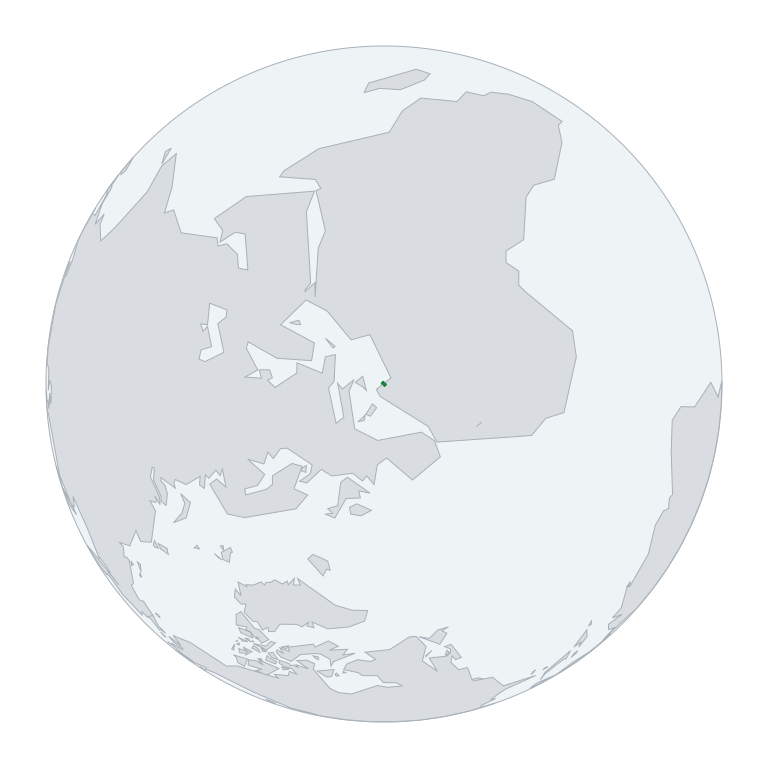 globe centered on Mahdia, rotated 221°
{"feature_id": "TUN-116", "entity_name": "Mahdia", "entity_type": "Governorate", "adm_level": 1, "iso_a3": "TUN", "parent_name": "Tunisia", "parent_adm1": "", "projection": "orthographic", "projection_center": [10.61, 35.335], "detail": "fine", "context": "on_globe", "style": "filled", "palette": "green", "viewbox_px": 768, "rotation_deg": 221, "n_neighbors": 0, "source": "natural_earth", "source_scale": "10m", "svg_char_len": 10904}
<svg xmlns="http://www.w3.org/2000/svg" viewBox="0 0 768 768"><g transform="rotate(221 384 384)"><circle cx="384" cy="384" r="338" fill="#eef3f6" stroke="#a8b0b8"/><path d="M215.6,91.0L225.5,85.9L216.3,91.0L223.1,87.8L235.1,81.6L241.3,78.5L280.8,65.7L321.7,55.2L331.4,51.8L331.8,53.3L348.1,48.2L366.4,46.5L367.2,46.5L347.4,48.7L346.7,49.3L361.3,47.8L363.8,48.2L372.3,48.1L373.9,49.1L361.6,51.3L362.4,52.3L372.7,51.2L380.9,52.3L365.6,53.5L378.3,55.8L360.1,61.9L317.9,67.7L309.6,75.1L270.9,92.5L276.2,93.0L264.9,101.1L266.8,105.0L259.1,108.0L267.3,108.6L274.0,105.3L279.8,104.6L281.6,106.9L272.0,110.7L269.8,110.2L267.9,112.5L262.4,113.7L266.1,114.4L254.3,119.4L268.4,118.0L261.1,124.9L252.6,127.4L250.4,122.4L225.1,118.8L215.9,121.2L205.0,128.9L191.1,152.2L182.2,157.5L172.3,168.0L178.6,166.7L188.6,158.2L197.9,159.4L209.0,149.7L214.4,149.1L227.1,141.9L228.4,148.3L222.9,158.8L212.4,165.5L209.7,170.6L222.3,169.2L205.5,187.3L198.9,209.9L194.1,214.6L180.1,213.5L173.4,200.2L155.2,202.2L170.2,206.8L158.2,219.7L157.5,224.7L160.1,227.8L166.0,225.5L162.5,231.5L146.4,228.4L149.2,222.8L154.3,223.6L151.1,217.9L140.1,217.4L134.9,224.8L123.8,218.8L119.9,224.3L115.4,226.6L122.3,218.0L109.6,233.9L95.9,234.5L78.3,263.5L92.0,233.7L94.7,223.9L96.4,215.6L93.4,220.0L99.8,205.0L98.6,203.7L90.8,216.0L104.3,194.4L119.4,173.8L136.0,154.4L154.1,136.4L173.4,119.7L194.0,104.6L215.6,91.0ZM73.8,250.0L71.3,256.3L74.2,250.7L72.5,258.5L63.5,277.4L58.8,298.2L53.4,316.1L50.6,331.4L50.8,337.4L50.2,351.2L53.4,346.0L56.9,350.0L53.3,366.4L58.1,357.3L58.1,370.8L67.4,390.5L65.7,392.7L72.9,428.9L86.6,455.5L89.8,471.6L87.6,476.8L93.7,485.1L93.8,490.0L123.2,521.7L142.7,545.8L145.0,561.8L134.5,570.5L138.5,599.7L123.3,593.3L128.6,603.3L130.9,607.9L115.2,588.7L100.9,568.5L88.1,547.2L76.9,525.0L67.4,502.1L59.6,478.5L53.5,454.4L49.2,430.0L46.8,405.3L46.1,380.5L47.1,373.2L49.7,348.2L50.2,340.6L48.9,344.3L53.1,315.4L58.4,293.8L61.4,283.5L73.8,250.0ZM73.3,272.0L68.3,305.1L66.3,295.6L67.6,295.2L69.8,284.7L72.4,270.3L71.9,263.5L73.3,272.0ZM81.9,265.4L82.4,261.0L82.6,264.2L81.9,265.4ZM243.7,77.2L235.0,81.6L223.3,87.4L230.2,83.5L243.7,77.2ZM266.4,68.3L263.0,69.9L255.8,72.1L260.0,70.4L266.4,68.3ZM337.8,49.9L330.3,51.2L336.7,49.9L337.8,49.9ZM373.1,47.9L374.5,47.6L378.3,47.7L373.1,47.9ZM225.5,139.0L226.2,140.4L223.5,141.0L225.5,139.0ZM230.2,134.7L226.5,134.4L228.2,132.3L230.5,132.6L230.2,134.7ZM384.4,49.6L390.1,50.4L382.1,49.9L384.4,49.6ZM234.4,135.7L231.7,128.8L234.8,125.3L246.0,123.6L234.4,135.7ZM392.0,51.1L406.1,53.8L410.3,53.0L406.3,57.7L395.7,53.4L385.2,52.6L391.7,52.2L392.0,51.1ZM275.4,103.3L268.3,106.9L272.6,102.0L275.4,103.3ZM276.7,100.3L281.4,87.5L292.7,83.8L288.8,88.6L302.1,82.7L305.3,87.1L298.7,91.3L290.8,92.7L298.0,93.5L276.7,100.3ZM401.9,60.4L403.4,61.7L399.5,60.8L401.9,60.4ZM282.5,104.0L282.4,101.5L292.2,98.0L294.1,102.4L290.3,102.1L282.5,104.0ZM304.1,79.3L311.7,77.9L316.3,80.9L319.9,80.9L306.4,86.9L304.1,79.3ZM289.0,104.0L294.8,104.9L291.8,108.7L283.2,106.3L289.0,104.0ZM294.0,95.3L298.7,94.0L296.7,96.1L294.0,95.3ZM284.4,123.8L284.1,120.3L289.1,118.0L284.4,123.8ZM297.2,105.0L298.2,103.7L300.2,102.6L303.3,104.0L297.2,105.0ZM310.6,88.9L310.9,90.7L316.4,86.5L320.1,89.1L310.4,92.9L316.1,92.3L317.3,93.2L308.1,95.4L310.6,88.9ZM312.3,102.3L301.2,108.7L300.7,115.4L296.1,117.4L297.9,106.4L312.3,102.3ZM310.6,98.0L310.7,101.0L305.0,101.7L301.5,100.1L310.6,98.0ZM326.1,89.7L322.9,84.7L325.1,84.1L326.1,89.7ZM313.3,104.0L315.9,102.4L313.9,104.4L313.3,104.0ZM323.4,93.7L322.0,92.0L324.6,91.3L323.4,93.7ZM322.4,101.1L318.8,103.0L316.3,101.8L322.4,101.1ZM323.8,97.6L327.7,97.2L317.6,100.3L322.7,96.9L323.8,97.6ZM326.1,93.4L327.2,92.5L326.3,94.3L326.1,93.4ZM334.0,104.8L321.9,109.0L316.4,106.2L328.9,102.4L334.0,104.8ZM711.9,302.3L717.1,327.5L715.9,321.5L712.7,321.8L717.4,344.4L720.1,349.5L720.7,355.3L721.5,367.3L721.5,368.1L719.8,354.7L718.5,354.3L715.0,335.5L706.7,315.0L706.7,328.8L703.1,318.2L691.6,306.1L689.6,325.8L688.8,373.6L694.8,402.6L691.9,421.6L673.2,393.6L661.9,369.0L657.0,377.4L636.3,365.0L605.8,384.8L599.9,379.3L594.5,386.7L579.6,385.7L569.9,375.9L561.6,380.8L587.2,406.1L595.9,400.9L600.8,383.6L606.5,394.1L620.6,397.5L610.9,435.1L563.0,483.9L555.6,463.1L505.4,411.9L505.4,404.0L505.1,403.3L504.3,401.9L502.5,415.1L492.9,404.2L522.6,443.2L528.8,461.2L562.3,485.5L559.8,490.0L569.9,493.4L598.7,471.9L599.4,479.3L587.4,519.1L545.2,577.5L549.3,602.0L543.8,623.9L514.2,645.1L513.6,658.5L497.9,666.9L494.7,674.4L480.3,684.3L457.4,694.4L421.8,699.0L422.1,693.6L408.1,683.0L389.8,650.3L401.4,632.4L399.3,618.1L373.3,584.6L379.2,564.4L371.6,555.7L356.3,557.7L347.2,547.0L337.7,546.4L276.6,547.8L256.6,530.6L229.4,480.4L239.4,464.2L238.8,442.0L305.9,374.9L322.9,381.0L378.8,372.1L386.3,374.8L382.7,393.1L427.0,412.0L437.8,395.7L475.1,401.8L498.0,396.2L500.9,360.9L463.4,369.3L454.0,354.1L481.7,333.2L514.1,326.7L511.4,320.7L488.5,311.8L493.5,298.1L480.3,307.9L487.5,312.9L479.5,319.6L472.4,315.5L474.4,310.5L464.0,309.9L457.0,335.1L463.6,342.9L437.7,351.7L446.1,366.1L440.0,374.3L423.4,353.3L423.2,344.6L394.4,322.9L392.4,332.5L419.4,354.1L412.0,353.0L409.5,367.7L405.7,355.7L376.7,330.9L351.7,337.3L324.2,372.2L308.7,374.3L293.7,366.0L299.5,330.2L333.5,329.9L336.0,318.5L325.5,301.5L336.7,303.3L336.6,296.7L349.1,296.1L363.1,280.3L375.3,278.4L377.4,258.6L383.9,255.3L380.8,267.7L385.1,275.8L414.9,272.1L419.7,267.3L418.6,255.1L427.0,256.2L422.1,244.9L437.6,237.8L414.7,237.5L412.9,224.5L420.3,213.5L415.6,209.5L403.5,227.7L402.4,235.2L408.0,241.5L401.3,263.7L391.8,268.2L383.2,245.8L368.8,250.2L368.5,232.1L401.4,191.9L416.9,183.2L449.7,194.0L448.0,202.5L435.5,202.5L450.2,213.7L447.5,207.3L454.4,208.7L454.4,197.8L459.3,198.3L451.0,187.4L457.0,186.8L462.2,193.7L467.3,178.3L478.9,175.0L477.7,171.4L473.1,168.5L490.8,167.0L489.1,164.5L482.7,163.9L475.2,158.8L468.8,149.4L475.3,149.3L478.4,152.7L494.9,160.3L502.3,170.0L504.3,169.1L499.4,160.7L479.4,151.4L473.7,145.9L483.5,149.0L479.5,147.4L478.7,144.7L484.0,142.2L473.3,138.4L455.8,111.9L464.3,105.5L475.0,110.6L469.7,95.0L479.6,90.9L473.7,90.1L467.1,83.3L463.9,84.4L460.5,83.7L442.1,69.0L442.7,66.2L428.1,60.9L425.0,60.8L423.6,62.3L406.3,57.7L410.3,53.0L417.1,53.4L415.0,50.9L430.7,52.6L442.8,53.6L461.2,58.2L469.1,59.3L467.3,58.3L476.8,59.7L502.3,67.6L489.4,65.4L452.6,58.5L468.3,61.1L467.0,62.1L474.1,64.3L485.0,66.6L484.8,65.8L514.0,80.9L544.8,95.0L537.0,88.0L540.7,87.9L568.9,102.3L615.6,139.7L621.0,143.4L627.1,149.3L634.9,157.9L626.4,149.4L626.7,151.1L620.7,145.5L630.4,157.8L622.2,150.4L633.8,164.4L638.7,167.7L633.2,158.9L646.7,175.3L651.9,178.8L661.8,191.7L684.5,229.8L693.7,251.3L696.2,256.9L694.9,257.0L700.7,273.9L708.9,291.2L710.9,298.4L711.9,302.3ZM286.2,412.6L285.2,419.4L286.2,412.6ZM551.0,336.9L568.6,330.6L556.0,312.9L561.7,309.3L555.3,304.9L555.0,311.7L538.6,299.1L544.5,289.7L539.9,281.5L533.8,283.4L525.6,302.9L549.0,320.5L547.0,330.8L551.0,336.9ZM67.8,390.9L68.4,396.5L66.6,393.4L67.8,390.9ZM63.5,300.5L63.7,305.0L62.9,309.7L62.3,307.3L63.5,300.5ZM70.9,335.9L72.3,342.0L69.8,338.4L70.9,335.9ZM68.1,309.9L69.7,331.6L65.0,326.5L64.4,313.2L66.3,318.5L68.1,309.9ZM76.7,272.4L76.3,276.1L74.7,278.2L76.7,272.4ZM82.1,267.9L81.9,267.1L83.1,263.5L82.1,267.9ZM159.1,219.8L160.3,220.3L161.8,224.4L158.8,224.4L159.1,219.8ZM182.1,233.4L176.1,243.0L178.3,235.8L173.0,237.1L171.1,224.2L191.7,216.3L182.7,221.9L182.1,233.4ZM174.2,206.0L173.1,214.3L173.5,205.5L174.2,206.0ZM323.7,264.0L329.1,268.2L326.0,275.7L310.6,280.4L314.9,269.4L323.7,264.0ZM337.4,272.7L333.2,250.5L342.6,247.5L338.0,252.8L344.7,253.0L339.1,261.8L352.2,281.5L350.4,289.6L322.9,292.5L332.9,286.7L327.1,282.5L337.4,272.7ZM305.8,206.7L304.1,199.1L326.7,202.0L325.7,208.9L310.3,213.4L302.4,208.0L305.8,206.7ZM254.7,134.9L252.6,133.2L255.3,132.0L259.2,132.3L254.7,134.9ZM283.8,122.3L266.7,141.3L263.4,140.2L257.4,153.6L246.4,156.2L250.6,147.2L237.6,159.8L237.1,152.7L229.2,161.8L239.9,141.5L238.9,136.3L244.3,140.9L254.4,138.6L258.5,136.0L269.4,125.2L272.2,113.7L282.7,110.3L289.4,110.9L290.3,113.2L283.2,114.5L289.6,116.5L280.0,120.3L283.8,122.3ZM361.7,131.7L353.0,130.4L364.2,138.8L354.6,141.1L356.5,141.9L350.7,146.5L347.0,153.9L342.3,154.0L342.9,156.9L339.1,160.3L338.3,164.4L329.5,166.4L327.8,171.7L324.6,169.7L324.1,178.5L320.5,172.9L315.2,177.4L321.5,180.5L275.8,185.0L259.5,192.5L247.7,202.3L243.1,192.4L251.2,177.5L265.7,162.4L282.1,157.1L277.0,154.1L283.4,150.8L284.7,154.6L286.5,146.9L292.1,145.4L305.0,134.4L304.1,125.3L308.8,121.5L311.9,124.3L314.4,118.6L323.6,121.5L327.1,119.0L339.7,119.9L343.8,127.4L347.5,124.1L357.2,125.1L361.7,131.7ZM337.4,105.3L344.4,112.9L342.7,118.2L321.5,114.7L316.9,116.5L303.3,115.4L306.2,108.0L309.8,108.9L314.0,108.1L311.4,110.7L316.6,108.1L321.8,109.5L327.3,108.0L328.1,110.7L337.4,105.3ZM393.1,367.5L398.5,367.8L406.7,366.4L405.2,375.9L393.1,367.5ZM373.1,350.8L377.8,349.4L379.7,361.3L374.0,361.3L373.1,350.8ZM378.7,338.8L377.9,348.4L375.0,343.2L378.7,338.8ZM385.0,266.0L389.8,264.1L390.9,266.8L389.0,271.4L385.0,266.0ZM392.7,159.9L388.1,157.6L389.1,156.0L383.8,147.9L390.5,146.0L396.3,150.2L392.7,159.9ZM495.5,368.3L489.9,376.4L486.0,374.1L488.7,371.7L495.5,368.3ZM446.1,377.7L458.2,380.1L445.6,380.3L446.1,377.7ZM399.1,156.5L396.2,153.3L401.3,154.4L399.1,156.5ZM395.1,144.3L400.9,144.8L390.7,144.9L395.1,144.3ZM593.0,601.1L566.2,642.7L552.7,648.3L552.9,640.0L564.7,616.9L581.2,604.3L590.1,590.9L593.0,601.1ZM721.9,390.4L718.9,375.7L720.0,369.4L721.7,371.5L721.9,390.4ZM696.0,404.3L701.5,416.0L699.3,422.6L696.0,404.3ZM699.5,264.4L701.3,270.6L699.7,266.9L696.4,256.9L699.5,264.4ZM451.9,141.2L451.8,154.1L456.1,163.3L465.5,167.9L452.2,167.4L445.5,153.2L451.9,141.2ZM454.7,115.3L446.5,112.1L449.9,110.5L452.3,111.0L454.7,115.3ZM449.8,115.5L439.9,117.6L435.2,114.0L444.0,113.0L449.8,115.5ZM419.8,135.8L419.3,139.6L415.1,138.5L419.8,135.8ZM578.1,107.4L561.6,96.8L556.5,93.4L578.1,107.4ZM555.5,93.1L557.8,94.7L536.2,86.2L530.2,83.7L543.4,86.8L546.3,88.8L552.6,91.9L555.5,93.1ZM406.5,61.2L403.7,61.6L404.4,60.5L406.5,61.2ZM458.9,84.5L454.4,83.2L455.4,81.6L458.9,84.5ZM442.6,79.2L444.6,81.8L439.8,79.0L442.6,79.2ZM449.6,88.1L444.1,82.9L453.2,87.9L449.6,88.1Z" fill="#d9dde1" stroke="#a8b0b8" stroke-width="1"/><path d="M385.9,382.6L386.0,382.8L386.3,383.0L386.2,383.1L386.1,383.3L386.1,383.7L386.1,383.8L386.1,384.0L386.4,384.4L386.5,384.5L386.4,384.8L386.2,385.1L386.1,385.3L385.7,385.4L385.5,385.1L385.4,385.0L385.2,385.1L385.0,384.8L384.9,384.5L384.8,384.4L384.7,384.5L384.1,384.5L383.9,384.7L383.8,384.8L383.7,385.0L383.1,385.3L382.9,385.3L382.8,385.2L382.7,385.2L382.2,385.1L382.2,384.9L382.1,384.7L382.0,384.4L382.0,384.2L381.9,383.9L381.9,383.7L382.1,383.4L382.2,383.2L382.3,383.1L382.2,382.8L382.2,382.7L382.3,382.6L382.5,382.6L382.5,382.8L382.7,383.0L382.8,383.1L383.0,383.0L383.2,383.3L383.3,383.3L383.6,383.5L383.7,383.4L383.8,383.3L383.9,383.2L384.0,383.0L384.5,383.2L384.8,383.3L385.0,383.3L385.1,383.2L385.3,383.0L385.3,382.9L385.5,382.8L385.9,382.6L385.9,382.6Z" fill="#22c55e" stroke="#15803d" stroke-width="1.5"/></g></svg>